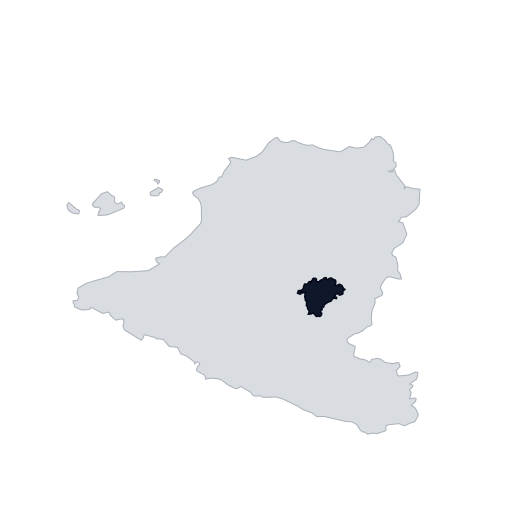 where Ávila sits in Spain, rotated 194°
{"feature_id": "ESP-5806", "entity_name": "Ávila", "entity_type": "Autonomous Community", "adm_level": 1, "iso_a3": "ESP", "parent_name": "Spain", "parent_adm1": "", "projection": "mercator", "projection_center": [-4.824, 40.625], "detail": "fine", "context": "in_parent", "style": "filled", "palette": "ink", "viewbox_px": 512, "rotation_deg": 194, "n_neighbors": 0, "source": "natural_earth", "source_scale": "10m", "svg_char_len": 6704}
<svg xmlns="http://www.w3.org/2000/svg" viewBox="0 0 512 512"><g transform="rotate(194 256 256)"><path d="M275.3,124.3L275.3,125.6L277.6,128.2L284.6,129.8L286.3,130.9L286.0,134.5L284.3,137.6L285.8,139.0L287.5,138.9L289.5,136.4L289.9,138.0L293.1,139.6L300.1,142.4L305.1,142.8L310.1,148.3L318.4,147.3L325.9,152.7L332.9,151.5L334.5,152.5L345.3,152.6L345.9,148.3L347.2,146.5L366.1,152.6L368.4,156.3L368.0,158.2L369.0,162.5L371.4,162.4L376.4,159.9L382.8,163.0L384.5,165.6L385.8,165.8L390.7,163.2L403.7,166.3L404.2,164.3L405.2,163.7L410.6,161.8L412.9,161.4L419.9,162.8L420.7,165.3L422.1,166.2L422.6,168.3L418.6,169.6L418.1,173.3L420.7,176.4L420.9,181.8L413.9,188.6L393.9,200.3L387.3,207.2L372.4,210.7L356.9,215.8L347.7,225.0L350.1,225.7L352.8,228.8L351.9,230.2L347.9,232.3L344.3,232.9L337.6,244.1L328.3,255.7L324.9,260.9L317.6,274.2L317.6,278.1L321.2,291.3L323.2,294.8L326.1,297.7L331.6,300.1L332.9,302.6L331.0,304.9L325.6,309.0L316.1,314.5L312.0,318.9L311.2,323.1L308.4,325.0L307.3,330.8L303.6,339.0L303.3,341.1L306.2,344.0L303.3,345.9L288.7,346.6L279.7,352.9L275.1,358.5L271.1,368.9L266.1,375.0L263.9,376.2L260.5,373.5L256.2,373.1L252.1,374.0L249.9,376.1L246.5,377.3L243.2,376.3L236.1,375.7L232.9,375.8L227.9,377.5L223.7,376.4L216.5,375.8L200.9,377.2L198.9,377.8L192.0,384.8L184.5,384.9L177.7,387.7L173.1,394.5L172.2,398.1L170.8,397.2L169.8,397.5L169.2,400.3L164.5,402.0L159.3,399.8L154.9,396.4L152.5,396.2L148.8,391.0L147.2,387.6L146.0,384.1L145.9,381.5L142.6,380.1L141.8,376.8L144.2,372.5L147.5,370.1L144.4,370.3L142.3,373.1L139.5,368.6L128.2,359.9L128.8,356.9L126.9,359.2L125.6,359.8L119.8,359.4L113.1,360.5L110.3,345.7L112.0,340.5L119.5,330.3L124.2,328.9L126.0,323.7L121.7,323.9L114.9,313.7L116.7,304.2L123.5,297.1L124.6,294.2L124.9,291.5L123.6,289.6L119.8,288.6L116.0,281.0L115.1,276.3L112.0,273.6L109.3,268.9L111.7,268.2L121.4,268.2L123.8,266.9L125.5,263.8L127.4,258.6L127.8,255.4L124.0,250.8L123.9,249.8L124.4,248.3L130.3,243.2L129.1,239.4L130.1,231.4L129.6,226.7L128.9,222.8L126.9,217.8L128.2,215.8L131.3,214.1L133.8,210.0L137.4,206.5L142.1,203.8L147.6,197.7L146.7,195.0L144.8,193.5L138.1,192.3L137.6,191.1L137.6,184.5L135.9,181.8L133.4,182.1L129.6,181.0L128.7,181.7L123.9,181.5L120.6,180.3L119.2,181.3L118.8,183.7L113.2,186.1L110.0,186.0L104.8,183.9L98.9,184.6L98.2,184.1L93.2,186.8L91.5,186.9L89.4,183.6L92.2,178.9L89.8,174.4L88.2,174.2L78.9,177.5L73.5,181.9L71.3,182.4L70.5,181.7L70.3,175.5L76.0,168.9L72.4,168.5L72.5,166.6L74.8,163.5L72.5,161.3L72.5,154.6L67.4,156.7L66.1,156.4L66.0,153.7L69.1,148.3L65.8,147.7L63.4,145.7L60.2,141.3L60.2,139.0L61.9,133.5L66.3,130.9L70.7,127.2L76.7,127.9L85.7,124.7L88.7,123.0L88.6,120.7L87.6,119.0L88.5,117.4L95.8,112.8L100.2,112.3L104.7,110.0L107.6,111.5L110.3,111.0L113.3,112.8L117.3,116.8L123.1,118.4L127.7,117.2L151.4,116.8L158.1,114.8L163.4,117.3L173.5,118.4L179.6,120.5L196.4,123.9L202.5,124.0L214.7,120.6L218.0,121.4L222.9,119.8L225.3,120.1L228.3,122.5L239.1,125.7L241.9,123.0L244.0,122.4L251.8,124.0L259.6,127.4L263.6,127.7L269.6,126.7L275.3,124.3ZM418.0,264.1L420.7,265.3L423.7,264.2L425.2,264.6L426.7,265.2L427.1,267.6L420.8,279.2L415.9,282.4L410.9,279.9L408.0,279.3L407.1,278.3L406.4,274.6L405.1,273.4L403.2,272.9L399.3,275.8L398.1,273.8L396.3,273.5L395.6,272.3L395.6,270.7L407.6,261.6L411.0,259.6L418.4,257.3L419.5,257.6L418.5,259.0L419.5,260.3L418.0,264.1ZM451.8,259.3L450.6,262.6L441.7,258.2L438.8,257.7L438.1,257.1L438.4,253.8L444.4,253.3L449.2,255.0L451.8,259.3ZM368.8,296.6L367.8,298.9L363.4,298.1L362.4,297.2L363.4,294.6L364.6,294.3L364.7,292.5L366.1,290.6L372.3,289.1L373.7,290.4L374.0,292.2L370.3,296.1L368.8,296.6ZM373.1,305.8L372.5,306.3L367.7,305.8L367.6,304.3L368.6,302.2L370.3,304.3L373.1,304.7L373.1,305.8Z" fill="#d9dde1" stroke="#a8b0b8" stroke-width="1"/><path d="M193.0,248.7L192.7,248.6L192.1,248.4L191.9,248.2L191.7,248.0L191.7,247.7L191.5,246.8L191.5,246.6L191.4,246.3L191.4,246.0L191.3,245.8L191.0,245.8L190.3,246.0L189.0,246.2L188.4,246.1L188.2,246.3L188.1,246.8L188.0,247.1L188.0,247.5L187.6,248.0L187.1,248.4L186.5,248.7L186.2,249.0L185.7,249.3L185.4,249.6L185.2,250.1L185.1,250.4L185.0,250.6L184.9,250.9L184.6,251.1L184.0,251.5L183.6,251.7L182.9,251.9L182.5,251.8L182.4,251.6L182.2,250.5L182.0,250.3L181.7,250.3L180.9,250.6L180.6,250.8L180.4,250.9L180.1,251.2L180.0,251.4L178.8,252.3L178.7,252.5L178.3,252.7L177.8,252.8L177.1,252.8L176.8,252.5L176.0,252.2L173.1,251.8L172.6,251.0L172.5,250.7L172.4,250.5L172.2,250.0L172.1,248.3L172.1,248.0L172.2,247.7L172.5,246.9L172.5,246.7L172.4,246.5L171.8,246.6L170.4,247.0L169.4,247.8L169.2,248.1L168.8,248.5L168.6,248.6L168.3,248.7L168.1,248.7L167.0,248.7L165.9,248.3L165.2,247.9L164.5,247.0L163.6,246.1L162.8,245.5L161.6,245.1L163.0,243.0L163.1,242.6L163.1,242.1L163.0,241.6L162.6,240.9L162.5,240.5L162.7,240.1L164.8,238.5L165.6,238.3L165.9,238.3L166.0,238.5L166.0,239.2L166.7,240.0L167.2,240.3L167.6,240.3L167.9,240.0L167.7,238.9L168.8,238.8L169.1,238.4L169.3,238.0L170.0,235.4L167.8,235.4L167.7,234.1L167.8,234.1L169.7,234.0L170.7,233.5L171.5,232.7L172.1,230.6L175.6,228.1L176.3,226.9L177.4,226.1L177.9,225.1L178.0,224.7L177.9,223.2L179.4,221.4L178.9,219.9L179.6,219.2L179.8,218.7L179.8,218.1L179.7,217.4L179.6,217.1L179.4,216.8L179.2,216.7L178.6,216.6L178.4,216.4L178.2,215.0L178.4,214.3L179.0,213.1L179.5,212.8L179.9,212.7L180.9,212.9L182.1,212.1L182.7,212.0L183.3,212.2L185.9,214.1L186.8,214.4L187.3,214.2L188.6,213.0L191.2,212.2L190.9,214.7L191.3,215.6L192.9,217.1L193.3,217.6L193.8,219.1L194.1,219.4L194.4,219.7L194.9,219.8L195.1,220.0L195.3,221.5L195.7,222.9L195.7,223.4L195.3,224.3L195.3,224.7L195.7,224.9L196.7,224.6L197.2,224.6L197.4,224.9L197.5,225.2L197.6,225.9L197.8,226.5L198.4,227.2L198.7,227.7L199.4,232.2L201.6,231.7L202.2,231.2L204.0,231.1L203.5,229.9L204.0,229.7L204.4,229.6L206.2,229.8L206.8,230.1L206.6,230.9L206.6,231.1L206.6,231.7L206.6,232.3L206.5,232.6L206.2,232.8L205.9,232.9L205.6,233.0L205.1,233.2L204.5,233.3L204.3,233.3L204.0,233.2L203.8,233.0L203.6,232.6L203.5,232.4L203.2,232.4L203.1,232.6L203.1,233.0L203.3,233.5L203.3,233.8L203.3,234.1L203.2,234.5L202.9,234.9L202.7,235.0L202.3,235.6L202.3,236.0L202.3,236.3L202.3,236.8L202.3,237.1L202.3,237.5L202.3,237.9L202.4,238.2L202.4,238.4L202.4,238.7L202.2,239.0L202.0,239.8L202.2,240.3L202.1,240.5L201.8,240.7L201.0,240.8L200.8,240.9L200.7,240.9L200.3,240.8L200.1,240.7L199.9,240.7L199.7,240.7L199.6,240.8L199.4,241.0L199.2,241.2L199.0,241.5L198.9,242.1L198.9,242.3L198.9,242.6L198.8,242.9L198.5,243.5L198.3,243.8L197.9,244.1L197.7,244.2L197.2,244.2L196.9,244.0L196.5,243.5L196.3,243.4L196.1,243.4L196.0,243.5L196.0,243.9L196.0,244.2L196.2,244.7L196.2,245.0L196.0,245.5L195.6,246.2L195.4,247.5L195.0,248.2L194.1,248.5L193.4,248.7L193.0,248.7Z" fill="#0f172a" stroke="#020617" stroke-width="1.5"/></g></svg>